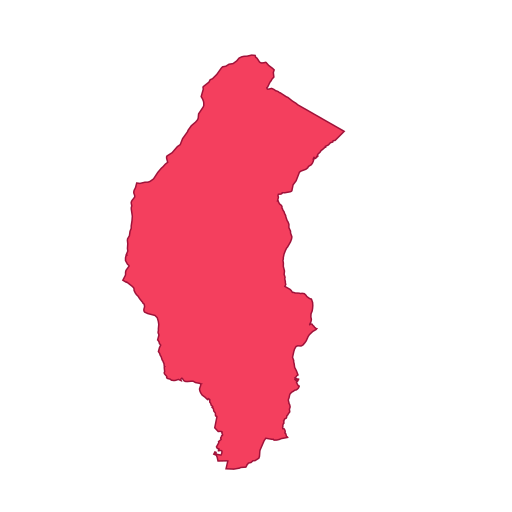 outline of Bradut, Covasna, Romania, rotated 334°
{"feature_id": "2599482B74581645099362", "entity_name": "Bradut", "entity_type": "district", "adm_level": 2, "iso_a3": "ROU", "parent_name": "Romania", "parent_adm1": "Covasna", "projection": "orthographic", "projection_center": [25.635, 46.18], "detail": "fine", "context": "isolated", "style": "filled", "palette": "rose", "viewbox_px": 512, "rotation_deg": 334, "n_neighbors": 0, "source": "geoboundaries", "source_scale": "gbopen_adm2", "svg_char_len": 6133}
<svg xmlns="http://www.w3.org/2000/svg" viewBox="0 0 512 512"><g transform="rotate(334 256 256)"><path d="M131.2,415.6L133.0,417.7L132.9,419.7L132.0,423.6L139.6,427.1L140.8,427.9L135.8,434.1L142.6,437.8L148.1,439.4L149.6,439.4L154.3,441.3L156.1,440.1L156.6,439.5L157.4,439.4L158.3,438.8L161.0,439.4L163.5,438.7L165.4,439.5L169.9,439.0L171.3,437.6L174.0,432.9L174.7,432.1L182.4,425.5L184.9,424.1L190.2,427.9L191.1,428.2L191.5,429.4L192.4,429.8L193.9,430.5L196.5,431.1L198.6,431.2L204.9,432.9L204.9,432.5L204.3,431.4L204.8,429.2L204.8,428.2L204.4,427.7L205.4,426.4L205.6,425.0L205.4,423.4L204.4,422.9L204.7,421.8L205.4,421.1L205.5,420.5L206.9,418.8L207.9,418.4L207.9,417.9L208.5,417.0L208.5,416.3L209.5,415.8L210.2,415.0L212.1,415.0L212.8,414.4L213.8,413.0L215.0,412.7L215.8,412.0L218.0,410.9L218.9,408.3L220.2,407.0L220.7,406.1L221.1,404.2L221.0,402.7L221.3,402.3L221.7,400.2L222.4,398.9L223.4,398.1L225.6,395.3L226.7,394.6L229.3,393.9L230.0,394.0L232.1,393.6L233.3,394.0L234.8,393.8L236.2,393.3L237.7,392.1L237.8,391.8L237.1,390.9L236.9,387.5L237.3,387.1L238.5,386.8L238.6,386.6L237.7,386.2L237.4,385.5L239.8,386.0L240.3,385.4L239.8,384.9L239.0,384.6L238.6,384.0L237.3,384.0L237.0,383.8L237.7,383.2L237.6,382.6L238.2,382.6L240.3,381.4L241.6,381.3L242.0,376.9L241.9,373.1L243.1,369.4L243.4,367.8L244.1,366.3L244.4,363.1L248.3,358.2L249.9,356.5L252.3,354.9L254.2,355.0L256.6,356.4L257.5,356.7L260.0,356.4L260.5,355.8L261.5,355.6L263.9,354.3L267.6,351.2L269.5,350.1L273.9,348.7L277.8,348.4L278.6,348.0L278.2,347.8L278.0,346.9L277.4,345.9L277.2,344.5L276.5,342.8L276.6,342.3L276.4,341.7L275.3,341.2L274.2,341.2L274.3,340.9L276.0,339.7L277.1,338.5L278.0,337.2L278.6,334.8L280.1,332.1L282.4,330.0L283.9,327.9L285.3,325.5L286.5,322.6L286.9,319.2L286.8,318.8L286.1,318.4L285.3,317.3L283.9,314.7L283.7,313.1L282.9,311.0L281.0,309.7L279.8,309.4L278.3,308.2L274.9,306.4L273.9,305.2L272.8,304.7L272.5,302.4L271.9,300.8L268.6,296.0L270.3,294.6L270.6,293.0L271.2,291.8L271.8,289.2L272.8,287.8L273.2,284.9L275.0,282.0L276.0,277.3L277.5,274.4L278.3,271.7L279.3,270.6L279.7,269.6L282.0,266.6L284.8,264.0L287.1,262.2L288.2,261.8L293.2,258.4L295.4,256.3L296.4,254.9L296.7,254.3L297.1,250.6L297.9,248.8L298.0,244.9L299.5,241.9L299.7,239.1L299.5,237.9L300.0,233.8L300.4,232.5L300.3,230.2L300.6,228.9L300.3,226.1L300.5,225.4L300.4,224.2L301.0,223.0L301.0,221.7L300.0,219.5L299.9,217.5L300.1,216.2L299.5,215.9L302.0,212.9L302.1,211.5L303.2,210.3L305.6,211.3L306.8,211.2L307.1,210.7L307.5,210.7L309.6,211.8L315.0,213.3L316.3,213.3L316.9,213.0L320.5,208.3L325.0,206.0L331.8,199.7L333.7,199.4L338.9,199.9L341.2,199.4L342.4,198.5L345.7,198.2L347.5,197.2L348.9,196.0L350.2,194.6L349.8,194.3L349.9,194.0L351.3,192.8L351.6,193.0L351.7,193.4L351.4,193.7L351.6,194.2L352.0,194.3L353.2,194.1L354.0,193.3L354.6,193.7L355.4,193.4L355.5,193.2L355.3,192.5L356.1,191.7L359.2,190.7L360.8,189.7L362.3,189.5L365.4,188.6L366.3,188.7L366.4,187.9L369.8,187.9L372.6,186.8L374.9,187.2L375.9,186.2L377.8,186.8L389.9,182.6L359.8,138.4L359.0,136.5L356.6,132.6L354.2,127.5L352.9,126.0L349.3,119.9L348.7,119.5L348.1,118.1L346.9,116.7L346.3,116.3L345.0,114.0L343.5,112.2L340.3,111.5L339.4,111.0L339.4,109.6L340.7,109.1L344.6,106.0L346.3,105.2L348.0,104.0L350.5,103.0L352.0,98.7L353.9,96.7L353.1,94.5L350.9,90.2L349.9,86.5L349.3,86.0L348.2,85.9L345.7,85.0L344.7,84.1L344.2,83.2L343.6,78.6L342.8,77.2L343.1,75.8L343.1,75.3L340.1,73.5L335.6,72.5L332.6,71.2L330.4,70.7L327.5,70.7L324.2,72.2L319.7,73.0L315.8,71.8L312.1,72.2L308.9,71.3L307.2,71.9L300.4,75.6L294.6,77.6L292.1,77.5L289.9,79.1L283.0,80.6L282.4,81.0L281.7,83.0L276.6,88.7L276.8,91.4L276.6,93.9L276.2,95.4L275.0,97.9L273.9,98.9L266.7,103.1L264.4,106.9L262.9,108.1L260.3,109.2L255.1,110.5L249.9,113.3L249.4,114.0L248.4,114.6L241.5,118.3L236.7,122.7L233.3,123.2L225.9,126.4L219.8,127.1L219.1,127.7L218.5,129.0L217.7,133.1L214.8,133.7L211.6,135.0L209.4,135.6L204.4,137.8L197.7,141.8L193.5,142.5L191.3,142.3L188.5,141.0L183.5,139.9L180.8,138.1L177.7,141.7L175.2,143.6L174.2,144.9L173.8,145.8L173.5,148.3L172.9,149.8L168.8,151.8L167.4,153.0L166.9,154.2L166.4,156.4L165.0,158.0L164.4,159.4L162.3,166.0L160.1,169.8L157.0,174.3L156.0,176.4L153.6,178.6L151.1,182.3L148.1,184.3L147.3,185.5L146.1,188.8L143.8,192.8L142.9,195.4L139.9,198.0L140.3,198.6L139.3,198.8L137.7,200.7L137.5,201.6L136.9,202.3L136.7,203.1L136.9,207.1L137.5,208.4L137.6,209.0L137.4,209.5L132.9,211.9L131.7,213.3L130.5,215.7L130.0,216.2L125.7,219.4L127.9,222.8L128.4,222.7L131.4,228.9L132.1,230.9L132.0,232.0L131.3,233.6L131.3,236.2L131.6,238.3L132.4,240.5L132.7,243.3L133.5,247.0L133.8,247.7L133.7,248.7L134.4,250.4L133.6,252.8L131.9,254.7L131.4,255.7L131.2,256.4L131.3,257.6L133.5,260.3L139.1,265.1L140.2,268.1L139.6,271.7L138.6,274.9L136.4,278.5L135.6,280.2L134.6,281.5L134.3,282.3L134.3,283.7L133.9,284.7L130.8,288.3L131.0,288.8L131.2,290.6L130.8,292.5L131.3,293.9L131.2,294.4L129.1,296.0L126.4,299.1L126.7,301.2L126.4,303.3L126.6,304.9L126.1,308.2L126.3,309.7L126.1,311.5L126.2,312.2L125.2,314.9L125.5,315.4L124.9,315.7L124.6,316.1L123.2,319.9L122.3,320.7L122.2,321.2L122.1,321.7L122.9,324.8L122.9,325.4L122.4,326.1L122.4,326.5L122.8,327.3L124.9,329.1L125.5,330.5L127.7,332.0L129.2,332.5L132.1,332.9L134.1,335.2L134.2,334.2L134.5,333.7L135.7,333.3L136.1,333.7L136.5,336.4L137.4,337.7L139.1,338.7L143.7,340.5L144.7,341.1L146.1,343.2L149.2,345.5L150.6,346.9L150.1,346.9L149.6,348.0L146.9,350.8L146.4,352.7L146.3,354.8L146.6,357.3L148.3,360.6L149.2,363.1L149.7,364.0L150.6,363.3L151.5,364.7L150.4,367.1L150.7,368.5L150.3,370.6L150.9,371.7L151.0,372.6L150.2,372.9L150.8,374.4L150.1,376.9L150.6,379.0L150.5,379.7L149.8,381.2L149.6,382.1L150.4,382.8L150.3,383.5L143.6,392.3L145.1,397.2L146.9,397.9L148.1,398.7L148.4,399.3L148.4,399.5L147.8,399.9L147.6,402.1L147.3,402.4L146.3,402.5L145.8,403.2L144.6,403.9L144.3,404.4L144.4,405.3L144.2,405.6L141.0,406.4L140.9,407.2L140.4,407.7L136.8,410.2L136.9,412.0L138.0,412.9L138.2,413.4L138.0,413.8L137.5,413.7L137.1,414.1L136.9,414.6L138.7,415.2L139.4,415.6L139.8,416.3L139.5,417.2L138.5,418.6L137.2,419.6L134.3,417.4L133.2,416.4L134.0,415.0L133.2,414.1L131.2,415.6Z" fill="#f43f5e" stroke="#9f1239" stroke-width="1.5"/></g></svg>